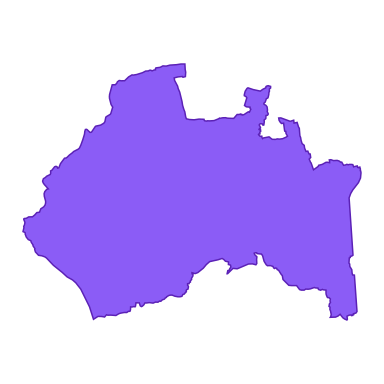 Ban Lat, Phetchaburi, Thailand (Robinson projection)
{"feature_id": "78962969B76401698966785", "entity_name": "Ban Lat", "entity_type": "district", "adm_level": 2, "iso_a3": "THA", "parent_name": "Thailand", "parent_adm1": "Phetchaburi", "projection": "robinson", "projection_center": [99.878, 13.053], "detail": "fine", "context": "isolated", "style": "filled", "palette": "violet", "viewbox_px": 384, "rotation_deg": 0, "n_neighbors": 0, "source": "geoboundaries", "source_scale": "gbopen_adm2", "svg_char_len": 5975}
<svg xmlns="http://www.w3.org/2000/svg" viewBox="0 0 384 384"><path d="M184.9,64.0L181.0,64.0L176.4,64.7L170.0,65.1L166.2,66.1L162.9,65.9L160.2,67.3L155.9,67.9L155.4,68.8L155.5,69.8L153.8,70.1L152.4,70.8L151.6,70.7L150.8,70.2L149.4,70.3L148.6,70.9L145.6,71.1L142.5,72.7L136.7,74.5L133.2,75.1L132.0,74.9L128.6,76.9L124.7,80.7L121.5,80.8L119.2,80.5L117.4,81.8L116.9,83.0L115.4,84.7L112.2,84.8L109.6,94.4L109.4,96.5L109.5,98.4L111.1,104.6L112.7,107.1L110.9,113.2L110.3,114.3L106.1,116.8L105.7,117.6L104.9,121.7L103.8,123.2L100.6,125.1L95.9,126.1L95.3,126.5L91.6,132.0L91.1,132.3L90.0,132.4L87.1,129.6L86.4,129.3L85.4,129.5L84.8,131.4L84.5,134.1L82.7,140.0L80.8,145.2L79.4,148.1L78.3,149.1L73.5,151.6L72.6,152.6L69.3,155.1L67.1,157.3L66.1,158.0L64.5,158.2L60.5,163.6L58.8,167.8L57.6,168.1L57.0,166.7L56.3,166.4L55.5,166.4L54.6,166.8L51.8,170.3L50.6,170.9L50.7,173.2L50.2,174.5L46.5,176.3L45.5,177.4L43.4,178.7L42.6,181.1L43.1,182.7L44.3,184.5L48.3,188.9L46.9,189.3L46.3,189.8L44.8,191.6L44.1,193.7L44.3,196.3L45.6,201.1L45.6,203.0L45.1,204.9L43.8,206.8L40.8,208.8L39.5,212.2L36.8,212.6L34.7,215.0L32.5,216.8L28.7,216.9L26.3,218.3L24.3,218.5L23.8,218.9L23.8,219.6L24.8,222.0L24.9,222.9L24.3,225.5L23.7,226.2L23.9,227.7L23.0,231.6L25.0,232.5L25.2,233.2L25.2,234.2L26.3,237.1L28.3,239.6L30.8,240.7L31.3,242.4L33.0,244.9L33.0,245.8L34.9,248.6L34.7,249.5L35.4,251.9L38.5,255.3L41.9,255.8L44.9,256.9L46.5,258.0L53.4,265.3L62.1,272.3L67.1,276.9L72.5,279.9L75.8,282.8L80.8,289.2L89.5,306.8L93.5,319.3L98.0,316.4L101.8,316.5L104.6,317.0L106.5,314.8L107.7,315.2L110.8,315.1L115.9,315.5L118.7,313.8L120.4,313.2L124.2,312.5L126.8,312.5L128.3,311.4L129.9,311.3L130.2,310.9L130.5,309.6L130.6,306.9L132.1,307.0L133.6,306.6L135.1,306.8L135.5,306.2L136.0,302.8L139.3,302.9L140.2,305.8L141.3,306.6L142.2,306.3L143.7,305.0L145.0,302.9L146.5,303.0L149.3,302.6L153.1,303.1L155.5,302.1L158.0,302.2L159.5,301.1L160.8,301.3L162.5,299.7L164.1,299.3L165.0,298.5L165.2,298.0L166.4,297.4L166.6,296.8L169.0,295.4L170.6,295.1L172.1,295.1L174.8,296.2L177.9,296.8L179.9,296.8L181.7,296.4L182.1,296.1L182.8,294.5L184.4,294.0L184.8,293.1L185.5,292.8L186.3,291.7L186.0,291.4L186.5,289.8L188.0,289.1L188.5,286.7L188.1,285.8L187.6,285.4L187.6,283.7L189.0,283.7L189.6,282.4L190.4,282.1L190.4,280.8L191.6,279.6L191.5,278.3L192.8,276.2L193.0,275.0L193.0,274.2L192.1,273.9L192.0,272.7L195.1,273.6L197.8,272.6L203.3,268.2L206.3,264.6L209.7,261.6L217.9,259.8L222.1,258.5L223.8,259.5L225.4,261.2L228.5,261.9L228.4,264.5L230.5,265.1L230.9,267.0L229.7,268.8L229.0,270.4L227.8,270.6L227.1,273.7L227.6,273.7L233.0,268.4L237.2,268.8L248.5,264.0L252.6,263.9L255.9,264.8L256.8,263.5L256.6,259.3L256.9,256.8L254.7,254.6L254.2,253.2L255.7,252.7L256.7,252.8L257.0,253.6L261.5,254.1L262.6,255.8L264.1,261.3L266.2,264.7L267.4,265.7L270.4,265.6L272.9,266.4L273.6,267.8L274.4,268.5L275.4,268.0L276.7,268.3L277.1,269.5L278.7,270.4L281.2,274.4L282.3,275.6L283.0,279.5L288.8,285.3L291.7,285.6L296.6,285.6L299.6,289.6L301.2,290.1L304.2,290.1L305.7,289.1L308.3,289.2L310.3,288.9L314.3,287.5L315.3,287.9L318.0,288.1L318.5,289.5L320.6,290.2L322.4,289.4L323.2,289.8L326.0,290.1L326.0,293.1L326.2,294.6L327.2,297.1L327.7,297.6L329.1,297.7L330.4,299.0L330.0,301.0L330.5,302.3L329.4,303.9L329.0,306.4L330.0,307.1L329.9,309.6L330.5,310.9L331.2,314.4L330.8,316.5L330.3,317.3L335.6,317.1L338.1,316.0L340.1,314.3L342.9,317.8L344.6,319.0L346.9,320.0L347.4,319.2L347.0,316.2L349.3,315.1L351.3,315.0L351.5,315.6L352.8,315.4L352.9,314.6L353.7,314.5L353.5,313.7L356.0,313.0L357.0,311.5L354.4,275.1L352.6,274.9L352.1,273.0L351.8,269.7L349.8,266.4L349.7,264.0L349.1,263.4L349.0,262.7L349.3,257.9L350.3,257.5L350.4,256.3L351.7,256.1L353.0,255.2L349.1,197.9L350.7,193.5L352.8,189.9L358.4,182.7L360.5,178.1L361.0,172.9L360.7,170.9L360.3,170.7L360.4,169.0L359.8,167.1L359.0,167.6L358.9,167.3L357.6,167.4L357.2,165.9L353.6,166.8L352.8,164.6L351.2,164.4L349.4,164.4L348.1,164.8L346.9,164.3L345.7,164.9L343.6,165.3L341.7,162.1L340.8,162.3L339.3,161.1L337.2,160.4L333.5,160.6L330.9,159.7L329.3,159.9L329.6,161.3L329.6,162.7L327.9,162.3L326.0,162.3L322.2,164.4L318.6,165.3L318.4,166.1L317.8,166.7L313.5,169.8L311.1,162.9L310.6,162.4L309.2,159.1L310.7,157.5L310.2,154.0L309.0,153.9L307.8,151.1L306.0,151.4L304.6,148.1L304.2,145.3L302.1,143.6L301.1,140.4L300.6,137.4L299.9,135.8L299.3,128.2L298.6,127.2L297.1,122.4L294.1,123.1L293.7,120.2L290.6,121.2L289.9,121.2L280.9,117.9L278.7,118.0L279.1,120.4L280.3,122.3L281.5,123.5L283.6,123.2L284.6,130.7L284.9,131.3L285.8,131.4L286.0,133.5L287.5,136.1L286.4,137.0L282.6,138.7L279.5,139.1L277.2,138.9L275.5,139.4L272.2,139.3L269.8,137.5L269.6,137.1L268.9,136.9L263.6,137.9L262.6,138.6L262.0,137.6L261.8,136.2L260.1,136.3L258.5,134.6L258.7,134.1L260.0,133.8L259.7,132.2L260.6,131.6L260.7,131.2L260.5,129.5L259.5,129.9L259.0,129.5L259.3,128.8L260.3,127.9L260.5,127.4L259.2,125.0L259.6,124.2L260.5,123.7L262.5,124.0L263.0,125.2L263.8,125.0L264.3,121.8L264.1,120.1L265.8,118.6L266.0,115.5L267.5,115.2L268.1,114.5L268.2,113.6L267.2,111.6L267.5,110.0L267.1,106.9L265.9,105.3L264.4,104.5L263.8,103.9L264.0,103.1L265.2,102.1L266.4,98.6L267.7,98.1L268.1,97.4L268.8,94.5L268.9,92.5L269.4,91.5L269.4,88.9L270.6,88.0L270.6,86.4L268.2,85.7L266.9,86.0L266.0,86.5L265.8,87.8L262.8,89.3L260.3,91.1L253.3,89.6L248.2,87.9L247.5,88.0L246.8,88.7L245.2,91.2L244.3,94.7L244.3,95.7L246.1,96.7L246.8,97.8L244.5,105.5L246.3,106.8L250.1,107.2L250.1,108.4L250.8,109.2L249.4,112.2L248.3,111.8L243.8,114.7L242.2,115.0L242.0,114.5L240.8,114.5L240.7,114.0L239.0,114.5L237.1,114.5L233.7,118.4L227.7,118.2L225.4,117.7L222.6,117.8L220.0,118.3L219.4,118.1L219.0,118.6L214.1,120.6L209.6,120.9L207.2,120.8L206.8,121.1L204.7,120.8L204.3,120.5L204.0,119.3L199.0,119.1L194.1,119.8L189.4,119.5L186.4,118.8L185.7,116.9L184.8,111.8L183.8,109.3L182.6,105.3L182.0,101.5L179.7,92.1L178.2,88.6L177.6,86.1L174.6,80.4L174.2,77.9L178.0,76.9L182.4,76.5L182.7,77.1L183.2,77.2L185.4,76.6L185.7,72.2L185.2,69.5L184.9,64.0Z" fill="#8b5cf6" stroke="#5b21b6" stroke-width="1.5"/></svg>